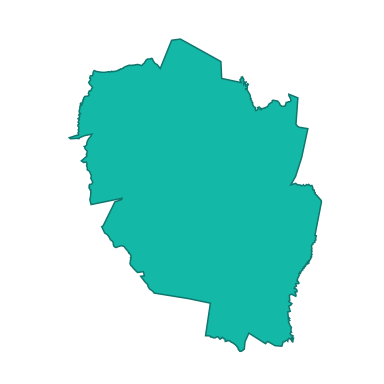 Ignacio Zaragoza, Chihuahua, Mexico, rotated 190°
{"feature_id": "50627088B16246344889030", "entity_name": "Ignacio Zaragoza", "entity_type": "district", "adm_level": 2, "iso_a3": "MEX", "parent_name": "Mexico", "parent_adm1": "Chihuahua", "projection": "robinson", "projection_center": [-107.777, 29.732], "detail": "fine", "context": "isolated", "style": "filled", "palette": "teal", "viewbox_px": 384, "rotation_deg": 190, "n_neighbors": 0, "source": "geoboundaries", "source_scale": "gbopen_adm2", "svg_char_len": 5915}
<svg xmlns="http://www.w3.org/2000/svg" viewBox="0 0 384 384"><g transform="rotate(190 192 192)"><path d="M63.4,170.7L62.8,204.7L63.3,206.1L68.9,210.6L70.4,211.3L70.6,212.8L71.3,212.8L72.0,215.2L73.4,215.2L73.5,216.3L74.0,216.6L73.9,217.6L75.0,219.2L76.7,218.8L77.5,219.0L78.3,219.8L79.4,218.9L80.6,219.2L80.9,218.5L81.8,217.8L82.6,217.7L83.5,218.4L83.6,218.1L85.3,217.2L86.5,217.7L89.7,217.4L90.4,218.0L91.5,218.5L95.9,216.2L92.7,225.3L90.0,244.9L88.9,274.5L97.9,274.4L99.6,275.2L101.4,276.8L104.1,303.1L113.6,305.1L113.4,304.1L112.7,302.8L112.3,302.8L112.2,302.3L111.5,301.5L110.4,299.3L110.4,298.9L111.6,297.8L112.9,297.6L113.5,296.9L114.8,296.5L114.7,295.7L115.1,294.3L114.9,293.0L118.1,292.0L118.8,292.1L119.4,292.6L120.1,292.7L121.2,294.5L123.4,296.4L128.0,296.5L128.8,296.0L128.8,294.1L130.0,293.4L131.5,291.9L132.1,289.9L132.9,288.8L133.5,288.6L135.0,287.2L135.3,287.4L136.8,286.5L138.0,286.2L138.0,285.1L138.9,285.0L139.1,286.4L140.6,287.4L141.9,286.6L141.4,285.4L142.2,283.8L143.3,283.2L143.9,284.2L144.0,286.0L145.9,286.8L147.8,289.2L147.6,290.3L148.3,290.7L149.3,292.5L150.3,293.4L150.0,293.6L150.0,294.0L150.4,294.0L151.7,297.7L155.6,302.3L155.6,302.7L156.4,302.9L157.0,302.5L157.1,303.0L155.7,303.3L155.5,304.1L156.3,306.6L155.5,306.8L155.2,307.9L156.0,308.2L156.5,307.0L157.4,305.9L158.4,308.0L157.3,310.3L158.3,309.2L158.8,309.2L158.7,308.4L159.1,308.3L159.7,307.1L160.0,310.0L160.5,310.2L160.7,310.7L160.5,311.8L162.2,314.0L162.5,313.3L163.3,313.6L163.4,312.1L164.3,310.7L162.6,308.3L182.5,309.0L186.2,325.5L230.0,340.6L238.4,337.9L244.7,308.1L248.3,311.3L250.9,312.3L253.8,315.3L253.8,316.0L254.7,316.6L255.1,316.6L257.0,315.5L258.7,315.3L260.0,314.2L261.5,310.4L262.4,309.6L263.2,308.1L263.6,307.8L267.5,308.2L270.0,307.4L270.3,307.0L271.4,306.9L271.7,306.5L272.7,306.6L273.9,305.9L274.4,306.2L276.4,305.7L279.5,303.8L281.2,302.4L281.2,301.9L281.9,301.7L282.7,300.9L283.6,300.8L283.6,300.5L284.4,300.2L284.7,299.6L285.4,299.6L286.7,298.3L291.1,296.7L292.1,297.0L293.3,295.9L294.3,296.2L299.0,294.6L302.0,294.2L306.9,294.1L309.4,294.6L310.1,293.1L310.0,289.4L312.3,288.7L312.5,286.3L311.6,286.0L311.5,284.3L312.5,282.8L312.7,281.8L311.3,280.2L310.4,279.7L308.1,277.6L309.0,275.7L309.1,274.1L309.9,273.7L310.4,273.9L310.8,273.5L311.2,271.2L311.0,270.7L310.4,270.3L310.3,269.2L311.3,268.4L314.3,267.4L314.4,267.1L314.2,267.0L315.0,265.7L314.8,264.5L315.5,263.6L315.0,262.0L315.9,261.1L315.3,260.3L315.3,259.9L315.6,259.4L316.7,259.4L317.2,259.8L317.3,259.3L316.7,258.3L316.0,258.5L315.8,258.3L317.3,257.0L316.9,255.2L317.2,251.9L316.5,250.5L315.4,249.8L315.6,249.4L316.6,249.1L316.8,248.4L316.7,247.8L315.9,247.6L315.7,246.8L316.0,246.4L315.9,245.4L317.0,244.6L316.6,244.0L315.9,244.0L315.6,243.6L316.3,240.9L315.0,239.8L315.2,239.1L315.9,238.5L315.9,237.3L314.9,236.5L314.5,235.4L314.5,234.1L314.9,233.4L313.9,231.9L314.6,230.4L313.6,229.1L313.8,228.2L315.3,227.9L322.3,224.1L321.0,223.3L314.7,224.8L312.6,224.9L312.3,225.8L307.9,228.7L300.6,231.6L301.6,228.7L303.0,226.7L303.8,224.1L304.1,222.6L303.9,220.2L305.0,218.5L306.0,218.1L305.4,217.7L305.2,216.7L304.7,215.9L302.7,214.3L302.1,213.5L302.2,212.4L302.6,210.9L302.5,210.3L301.8,209.8L301.8,209.0L306.4,203.4L303.7,202.2L301.4,203.2L301.1,203.1L300.2,201.1L300.5,199.8L299.2,197.5L299.2,196.1L298.8,195.5L297.3,195.0L296.3,194.2L293.9,190.4L294.1,187.9L292.9,186.5L291.4,184.2L291.9,182.8L292.9,181.9L293.9,181.9L294.3,181.3L294.4,179.8L293.7,179.3L294.2,178.3L292.4,176.1L292.1,176.3L291.7,174.8L291.1,169.6L291.3,166.8L289.2,162.1L259.8,173.7L260.0,172.3L266.2,168.9L273.5,143.8L273.9,142.9L274.9,142.2L270.8,136.4L268.3,135.5L266.2,133.7L264.0,130.8L261.5,129.5L260.7,128.1L260.2,126.2L259.5,125.0L258.2,124.3L257.4,124.1L253.1,126.5L251.5,126.9L248.9,126.3L248.0,125.1L244.7,122.5L243.9,121.3L243.5,121.4L243.4,120.7L242.6,120.4L240.7,118.3L240.9,117.0L241.1,116.9L240.5,116.3L240.8,115.3L240.6,110.7L239.9,109.5L239.1,108.7L238.0,108.4L237.6,107.6L235.3,105.8L231.7,103.3L226.0,105.1L224.4,101.2L227.9,100.1L222.8,95.4L219.4,93.0L219.2,91.8L217.1,89.2L213.7,87.7L211.7,85.9L176.6,86.4L154.6,85.7L153.7,52.8L149.7,53.4L148.1,52.3L147.3,52.7L145.3,52.1L143.6,52.5L142.7,53.4L141.4,54.0L138.8,51.9L137.7,52.9L137.4,54.0L136.8,54.1L135.1,53.0L134.0,52.9L133.3,50.6L131.8,51.2L131.5,52.0L130.4,51.8L129.1,52.1L128.2,51.3L125.1,50.3L121.9,48.6L120.8,47.4L119.5,46.5L119.3,45.4L117.2,43.4L115.9,43.7L114.3,45.0L113.8,46.1L113.2,46.3L113.8,53.8L111.5,62.9L93.3,55.4L91.5,58.0L83.6,55.1L77.2,55.7L76.9,56.1L76.6,56.1L76.3,60.1L74.6,60.8L73.6,62.2L73.1,62.4L72.7,62.5L71.8,61.7L71.8,63.9L71.1,64.7L69.9,64.5L69.4,63.8L68.0,63.9L68.2,63.4L67.4,62.1L67.1,61.8L66.6,62.1L66.9,63.3L66.6,65.7L67.5,65.7L67.7,65.1L68.1,64.9L68.7,65.5L68.7,65.9L67.6,67.0L67.5,67.9L70.1,68.6L70.5,69.0L70.6,70.2L69.6,71.2L70.4,72.2L70.7,73.8L70.6,75.9L72.4,77.7L74.6,81.4L73.4,82.5L75.2,83.8L74.0,84.6L75.5,85.6L76.9,90.5L74.5,91.5L76.9,96.3L75.0,97.8L74.2,99.4L77.8,101.1L76.9,102.3L78.2,107.0L77.4,108.0L75.9,108.6L71.7,107.3L71.5,107.9L72.1,109.5L73.3,111.4L71.4,111.9L71.2,112.6L72.2,114.3L73.4,114.7L74.5,114.6L74.5,115.8L72.8,117.5L73.9,119.2L73.9,119.8L71.1,120.3L70.8,120.7L71.3,121.6L72.3,122.5L72.9,122.4L73.2,122.9L72.8,126.1L72.3,126.8L72.3,127.8L71.9,128.5L72.4,129.2L72.3,130.1L72.5,130.3L71.8,130.9L71.2,130.6L71.1,131.2L71.6,131.7L71.0,131.8L70.8,132.3L70.1,134.2L69.4,134.4L69.4,134.8L69.8,134.8L69.8,135.9L68.4,136.5L68.4,137.1L68.8,137.6L68.2,137.8L67.9,139.0L67.4,138.7L67.0,140.5L66.5,140.7L66.8,141.3L65.9,141.3L65.2,141.7L66.2,142.0L65.1,142.8L65.8,143.3L64.7,143.8L65.0,144.5L64.5,144.5L64.5,145.1L63.8,146.0L63.3,148.0L63.7,148.7L63.0,149.0L63.4,150.8L63.0,151.4L63.7,152.1L63.6,154.5L64.3,154.9L63.9,155.4L64.3,156.8L64.1,157.4L64.8,158.8L64.9,160.0L64.6,160.5L64.7,160.9L64.3,161.5L63.9,161.6L64.1,162.0L63.8,162.9L62.3,163.7L62.6,165.2L61.7,166.2L62.2,167.8L62.0,170.5L63.4,170.7Z" fill="#14b8a6" stroke="#0f766e" stroke-width="1.5"/></g></svg>